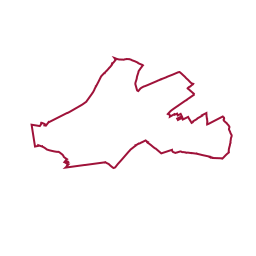 the district of Tytsjerksteradiel, Friesland, Netherlands, rotated 154°
{"feature_id": "6326949B88098552401635", "entity_name": "Tytsjerksteradiel", "entity_type": "district", "adm_level": 2, "iso_a3": "NLD", "parent_name": "Netherlands", "parent_adm1": "Friesland", "projection": "natural_earth1", "projection_center": [5.945, 53.205], "detail": "fine", "context": "isolated", "style": "outline", "palette": "rose", "viewbox_px": 256, "rotation_deg": 154, "n_neighbors": 0, "source": "geoboundaries", "source_scale": "gbopen_adm2", "svg_char_len": 5314}
<svg xmlns="http://www.w3.org/2000/svg" viewBox="0 0 256 256"><g transform="rotate(154 128 128)"><path d="M158.6,98.4L157.4,98.2L157.0,98.2L156.6,98.3L156.2,98.5L155.7,98.7L155.8,98.7L152.9,100.1L149.4,101.5L147.0,102.5L137.4,106.6L136.5,106.9L135.2,107.5L131.8,108.2L131.0,108.4L128.7,108.8L128.4,108.9L128.5,109.2L126.9,109.1L126.2,109.3L125.7,109.2L125.2,109.4L124.5,109.0L122.4,109.1L122.2,109.2L121.4,109.0L120.2,109.1L119.8,109.1L117.6,109.1L117.3,108.4L117.2,108.0L116.6,107.1L116.8,107.1L117.0,107.0L117.1,106.8L117.0,106.6L116.9,106.4L116.7,106.2L116.7,105.9L116.4,105.6L116.2,105.1L115.8,104.6L115.5,103.8L115.0,102.9L114.5,101.8L114.2,101.1L114.0,100.6L113.2,99.0L113.0,98.4L112.9,98.2L112.7,98.0L112.2,97.5L111.9,96.8L109.2,90.6L98.1,89.1L98.2,88.9L98.4,88.5L98.3,88.2L98.3,87.9L98.2,87.0L98.0,86.6L97.5,86.1L96.3,84.8L95.2,84.7L94.8,84.5L94.3,84.5L91.3,84.0L90.9,83.8L90.5,83.4L90.1,82.8L89.9,82.6L89.2,82.2L88.2,81.7L87.9,81.4L87.4,81.1L86.8,80.5L86.7,80.6L86.0,80.0L85.7,79.9L85.3,79.8L84.9,79.6L82.0,77.6L81.9,77.7L78.9,75.7L77.3,74.6L77.2,74.7L76.9,74.2L76.4,73.9L76.1,73.6L75.1,72.8L73.2,71.2L66.7,66.1L67.1,65.8L66.7,65.5L66.6,65.0L65.2,64.4L65.3,64.1L65.2,64.0L56.7,59.5L57.0,59.4L56.6,59.1L55.9,59.4L55.4,59.5L52.2,60.7L50.3,61.3L48.1,61.8L47.9,62.0L47.8,62.7L47.8,62.9L47.2,63.7L46.8,64.5L46.2,65.3L45.6,65.9L45.5,66.2L44.6,67.1L43.7,68.2L43.6,68.5L43.1,69.1L42.3,69.7L42.2,70.0L42.2,70.4L41.6,71.2L39.8,73.9L39.1,74.5L38.4,75.3L38.2,75.6L38.0,76.2L38.0,76.6L38.1,77.9L38.1,78.6L37.9,79.9L37.9,80.6L37.9,82.4L37.6,83.0L36.7,84.0L36.4,84.4L36.3,85.0L36.5,86.0L36.5,86.5L36.7,87.1L37.0,88.0L37.2,89.3L37.4,89.6L37.8,90.2L37.8,90.5L38.1,91.2L38.5,92.2L38.6,92.8L38.5,93.4L37.8,93.9L37.9,94.1L37.4,94.6L37.3,94.8L37.2,95.3L37.4,95.8L37.9,96.6L37.9,96.8L50.2,96.5L53.9,96.4L55.3,96.5L55.0,97.2L54.6,97.9L54.4,98.2L53.9,98.7L53.9,99.2L53.5,100.0L53.3,100.8L52.9,101.4L53.0,101.8L52.6,102.9L52.4,103.6L52.1,104.5L52.0,104.8L51.6,105.6L51.4,106.2L51.0,107.1L56.0,107.0L56.0,106.5L61.4,106.2L62.1,105.9L62.3,105.8L66.3,105.5L66.7,105.3L66.9,105.0L67.3,104.8L68.6,104.7L68.8,107.1L69.1,110.2L69.1,111.6L75.1,111.6L75.1,112.0L74.8,112.0L74.6,113.4L77.6,113.4L79.6,113.3L79.6,113.9L79.5,114.3L79.7,114.6L79.7,114.9L74.5,114.9L74.5,117.6L76.2,117.5L77.8,117.5L77.6,119.4L80.2,119.5L80.2,120.1L85.4,119.8L84.9,120.5L84.8,121.0L84.9,121.5L84.8,121.9L85.0,122.3L85.9,122.8L86.1,123.1L83.0,124.3L81.7,124.7L80.2,125.0L78.5,125.3L64.6,127.4L64.3,127.4L63.4,127.4L63.4,127.5L63.2,127.6L57.2,128.5L54.4,128.9L54.4,129.0L54.3,129.4L54.1,129.7L53.9,129.8L54.3,130.9L54.2,130.9L55.1,132.9L55.2,133.3L55.5,133.8L56.2,135.7L57.1,137.4L57.1,137.5L56.8,137.7L55.0,138.1L54.8,138.1L54.4,138.0L54.2,138.0L50.6,138.9L50.4,139.0L50.3,138.9L50.0,139.1L50.2,139.3L50.5,139.5L51.0,140.0L51.3,140.4L51.7,141.2L52.0,142.0L52.9,144.9L53.9,147.3L54.4,149.1L55.7,152.4L55.8,152.7L56.1,153.5L57.1,155.7L57.3,155.8L58.7,156.1L64.7,156.4L68.2,156.7L70.8,156.9L71.0,156.8L74.7,157.1L77.0,157.4L77.0,157.2L80.2,157.5L81.5,157.5L91.9,158.0L94.6,158.2L95.7,158.4L98.0,158.3L99.4,158.1L100.8,157.5L101.4,157.2L102.6,156.7L103.2,157.5L103.3,157.9L103.0,159.7L102.8,160.7L102.4,163.0L102.2,164.1L101.9,164.8L101.3,165.6L99.1,167.9L98.1,169.1L98.0,169.4L97.3,170.3L96.9,170.7L96.5,171.2L95.9,171.7L95.6,172.1L94.2,173.5L93.8,174.2L92.8,174.9L91.5,175.5L91.2,175.8L88.9,176.9L88.3,177.3L87.6,177.6L87.1,177.8L87.3,178.2L87.4,178.4L88.9,180.0L90.4,181.8L90.5,182.0L90.5,182.4L90.9,182.9L92.2,184.5L92.8,185.2L93.3,185.7L94.6,187.0L95.2,187.9L96.2,188.9L96.6,189.3L96.8,189.3L97.8,190.0L98.7,190.4L99.1,190.7L99.6,190.7L100.6,191.1L101.6,191.2L102.0,191.3L102.6,191.7L103.8,192.3L104.1,192.5L105.5,193.2L106.4,193.8L108.1,195.3L109.2,196.6L109.5,196.9L109.2,195.4L109.2,195.1L109.3,195.1L109.5,195.0L109.4,194.6L112.2,193.3L112.7,193.1L113.0,193.0L113.8,193.2L114.0,193.0L114.3,192.7L114.2,192.5L114.2,192.3L114.4,192.1L115.0,191.9L115.1,191.7L115.4,191.5L116.7,191.0L117.4,190.6L118.4,190.4L118.6,190.2L122.3,188.7L122.9,188.6L123.9,188.2L124.9,187.5L125.3,187.8L129.5,186.2L134.3,182.5L138.4,179.5L138.7,179.3L138.8,179.4L139.0,179.1L140.7,177.9L140.9,177.7L141.5,177.1L144.0,175.3L145.1,174.8L145.3,174.6L153.5,170.2L153.9,169.9L158.7,169.1L173.0,168.1L175.8,168.0L176.0,168.2L176.4,168.2L176.9,168.2L196.5,167.9L196.7,168.2L197.3,167.8L200.8,166.1L202.0,167.0L201.6,167.4L201.2,167.6L201.1,167.9L201.1,168.1L202.1,169.2L203.1,170.3L203.3,170.1L204.1,169.7L204.2,170.0L204.4,169.7L204.8,169.3L206.4,168.4L213.2,173.2L213.6,171.9L214.6,168.7L216.6,162.2L219.7,152.1L216.3,151.2L216.1,151.8L213.7,149.4L213.3,149.3L213.4,149.1L212.5,148.0L211.6,146.7L211.3,146.1L210.9,145.4L210.4,144.3L210.1,144.0L208.3,142.3L204.7,139.4L202.6,137.9L201.1,137.1L200.8,137.0L200.0,135.7L199.3,134.2L198.9,133.5L198.3,131.8L198.3,131.3L198.4,130.5L198.2,129.8L197.5,128.4L196.5,126.7L197.4,126.5L197.7,126.3L198.4,126.0L200.1,125.2L199.9,125.0L199.3,124.0L197.0,124.4L196.9,124.3L196.8,124.2L196.6,123.4L198.6,123.0L198.5,122.8L198.6,122.6L198.3,122.2L198.2,121.9L197.5,121.4L198.5,121.0L199.0,120.9L198.9,120.7L198.6,120.7L201.5,119.8L183.3,113.8L182.6,113.5L164.2,107.4L164.1,107.2L163.4,107.3L163.3,107.2L163.2,106.9L162.8,106.2L161.3,104.3L160.9,103.6L160.8,103.1L160.1,101.4L159.4,99.9L158.6,98.4Z" fill="none" stroke="#9f1239" stroke-width="2"/></g></svg>